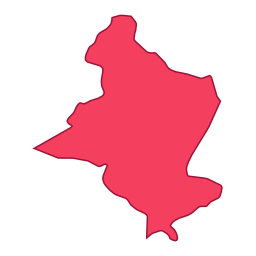 SVG path tracing the border of Sidi Bou Zid
{"feature_id": "TUN-113", "entity_name": "Sidi Bou Zid", "entity_type": "Governorate", "adm_level": 1, "iso_a3": "TUN", "parent_name": "Tunisia", "parent_adm1": "", "projection": "robinson", "projection_center": [9.5, 34.865], "detail": "fine", "context": "isolated", "style": "filled", "palette": "rose", "viewbox_px": 256, "rotation_deg": 0, "n_neighbors": 0, "source": "natural_earth", "source_scale": "10m", "svg_char_len": 2848}
<svg xmlns="http://www.w3.org/2000/svg" viewBox="0 0 256 256"><path d="M122.9,15.4L131.1,16.3L135.2,21.5L136.3,23.7L136.3,24.4L136.3,25.0L135.6,30.6L134.9,32.7L134.0,38.1L134.0,38.7L134.1,39.2L134.3,39.8L134.7,40.5L135.4,41.4L146.6,51.7L147.7,52.3L150.3,52.9L151.9,53.0L153.3,52.9L154.0,52.7L154.9,52.9L155.8,53.2L165.0,62.7L165.4,63.3L166.7,65.9L167.1,66.5L167.6,67.2L169.0,68.6L170.2,69.4L171.6,70.2L175.8,71.8L186.8,74.0L200.2,78.2L200.9,78.3L201.7,78.3L202.3,78.2L209.7,75.6L210.6,76.2L211.5,77.6L216.8,95.8L217.6,97.3L220.4,101.2L208.8,127.0L191.7,155.1L188.3,162.2L187.3,164.9L186.8,166.4L186.5,168.9L186.5,170.8L187.3,174.4L187.6,175.0L187.9,175.6L188.3,176.0L188.8,176.2L205.0,178.2L208.2,179.1L220.4,185.1L221.0,185.6L221.7,186.6L221.9,187.3L221.9,188.1L221.4,191.3L220.6,194.3L220.2,195.5L219.8,196.3L219.3,197.0L218.8,197.6L218.1,198.1L211.0,201.7L209.6,202.9L207.4,205.4L206.7,206.0L206.0,206.3L205.3,206.4L201.9,206.3L200.5,206.5L199.9,206.6L198.6,207.2L197.7,207.9L192.1,212.8L190.7,213.7L187.7,215.3L178.8,218.3L174.6,220.6L172.7,222.3L171.3,224.0L170.7,225.0L170.6,225.9L170.9,226.5L171.4,227.1L173.9,229.2L174.9,230.6L175.7,232.0L176.8,234.5L177.0,235.5L177.3,236.6L177.4,238.5L177.1,239.6L176.6,240.3L176.0,240.5L175.4,240.6L174.8,240.6L174.2,240.5L172.9,240.1L170.0,238.6L169.5,237.1L168.8,235.6L168.3,235.0L167.7,234.4L166.3,233.2L163.3,231.3L161.9,230.7L160.7,230.7L159.2,231.0L153.2,233.0L151.2,234.2L146.7,237.9L147.4,216.7L147.2,216.0L147.0,215.4L146.0,214.3L144.3,213.2L137.2,209.8L136.2,209.2L132.3,206.1L131.0,204.9L130.2,203.9L128.0,200.4L126.7,199.0L125.5,198.2L116.0,194.7L114.9,194.1L113.5,193.2L109.5,189.8L106.4,186.4L104.7,184.2L104.1,183.1L103.2,180.8L102.9,179.3L102.9,178.4L102.9,177.6L103.0,176.9L103.3,175.6L106.9,166.5L107.0,165.8L107.0,165.1L106.6,164.5L105.8,164.2L104.4,164.4L103.4,164.8L101.3,165.9L100.0,166.3L99.4,166.4L98.5,166.2L97.3,165.8L88.1,160.9L72.7,158.1L58.2,158.0L34.1,148.4L70.8,127.6L72.1,126.4L71.9,125.8L71.3,125.2L69.3,124.1L68.7,123.6L68.1,122.9L67.7,122.2L67.3,121.6L67.2,120.8L67.6,119.7L68.5,118.3L73.5,112.9L74.4,111.4L75.6,108.8L75.8,108.2L76.9,106.1L78.4,104.1L79.3,103.3L80.1,102.9L82.7,103.6L83.9,103.8L84.4,103.8L84.7,103.7L90.5,100.7L98.1,98.3L102.0,96.2L103.1,95.2L103.7,94.4L103.9,93.7L104.0,93.1L104.1,92.5L104.1,92.0L104.0,91.6L103.8,91.0L102.6,88.2L101.9,86.4L101.6,84.6L101.4,81.4L101.5,79.3L102.8,71.8L102.9,69.8L102.8,69.0L102.5,68.3L102.1,67.6L101.6,67.0L100.9,66.5L99.4,65.6L88.1,62.2L87.6,61.9L86.4,61.1L85.9,60.5L85.7,60.2L85.5,59.6L85.4,59.0L85.4,58.3L85.4,57.6L85.5,56.9L86.2,54.2L88.6,48.6L89.4,47.3L90.2,46.4L91.7,45.5L94.0,43.5L94.8,42.5L95.3,41.7L97.0,36.8L97.5,35.6L98.2,34.6L99.5,33.3L100.9,32.2L106.1,29.2L108.1,27.4L109.8,25.5L110.6,24.4L111.2,23.3L111.8,20.7L112.1,17.6L120.0,15.4L122.9,15.4Z" fill="#f43f5e" stroke="#9f1239" stroke-width="1.5"/></svg>